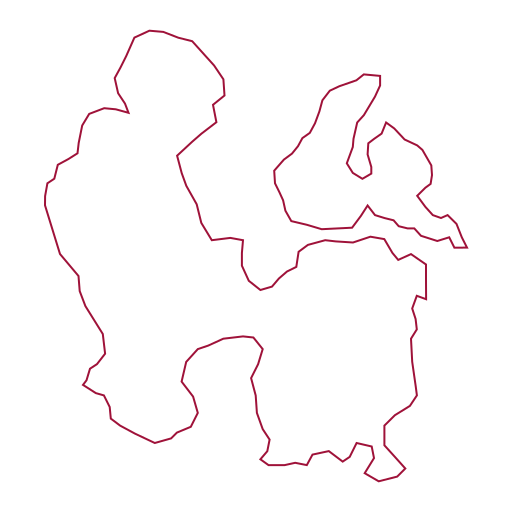 outline of Namhae-gun, South Gyeongsang, South Korea
{"feature_id": "91817680B30407776748413", "entity_name": "Namhae-gun", "entity_type": "district", "adm_level": 2, "iso_a3": "KOR", "parent_name": "South Korea", "parent_adm1": "South Gyeongsang", "projection": "albers", "projection_center": [127.967, 34.823], "detail": "fine", "context": "isolated", "style": "outline", "palette": "rose", "viewbox_px": 512, "rotation_deg": 0, "n_neighbors": 0, "source": "geoboundaries", "source_scale": "gbopen_adm2", "svg_char_len": 2406}
<svg xmlns="http://www.w3.org/2000/svg" viewBox="0 0 512 512"><path d="M213.0,104.8L224.5,95.5L223.4,79.3L214.1,65.5L192.2,41.2L178.3,37.7L163.3,31.9L149.4,30.7L134.4,37.6L126.2,56.1L120.4,67.7L114.7,78.1L118.1,93.2L125.0,103.6L128.5,112.8L115.8,109.3L104.2,108.2L89.2,113.9L82.2,125.5L78.7,142.9L77.5,153.3L68.3,159.1L57.8,164.8L54.3,178.7L47.4,183.3L45.1,196.1L45.0,205.3L60.0,254.0L78.5,276.0L79.7,291.1L85.4,306.1L102.8,334.0L105.1,353.7L97.0,364.1L90.0,368.7L86.5,380.3L83.0,384.9L95.8,393.1L103.9,395.4L109.7,407.0L110.8,418.6L120.1,425.6L135.1,433.7L154.8,443.0L171.1,438.4L176.9,432.6L190.8,426.8L197.8,412.9L193.1,396.6L181.6,381.6L186.2,361.9L197.8,349.1L208.2,345.6L223.3,338.7L243.0,336.4L253.4,337.5L262.7,349.1L258.1,364.2L251.1,378.1L255.7,395.5L256.9,412.9L262.7,429.1L269.6,439.6L267.3,451.2L260.4,459.3L268.5,465.1L284.7,465.1L295.2,462.8L306.8,465.1L312.5,454.6L328.8,451.1L342.7,461.6L349.7,456.9L356.6,443.0L371.7,446.5L374.0,458.1L364.7,473.2L378.7,481.3L397.2,476.6L405.3,468.5L394.9,456.9L384.4,445.3L384.4,425.6L394.9,415.2L409.9,405.9L416.9,395.4L415.7,386.2L412.2,361.8L411.0,338.7L416.8,329.4L415.6,319.0L412.2,308.5L416.8,295.8L426.1,299.2L426.0,279.6L426.0,264.5L411.0,254.1L398.2,259.9L392.4,252.9L384.3,239.1L370.4,236.7L353.0,242.5L335.7,241.4L325.2,240.2L307.9,244.9L298.6,251.8L296.3,266.9L287.0,271.5L278.9,278.5L272.0,286.6L260.4,290.0L248.8,280.8L241.9,265.7L241.9,253.0L243.0,240.2L230.3,237.9L211.8,240.2L201.3,222.9L196.7,204.3L186.3,185.8L181.7,173.1L177.1,155.7L192.1,141.8L201.4,133.7L216.4,122.2L213.0,104.8ZM352.8,172.9L346.8,163.3L352.8,147.0L353.5,138.8L357.2,122.5L363.9,115.1L375.0,96.6L380.1,85.5L380.1,75.9L363.8,74.4L356.4,80.3L339.4,86.2L329.8,90.7L322.4,100.3L319.4,111.4L315.0,123.3L309.8,132.9L302.4,138.1L298.0,146.2L292.0,153.6L283.9,159.6L274.2,170.7L275.0,183.3L279.4,192.2L283.1,200.3L285.4,210.7L291.3,221.1L306.9,224.8L321.7,229.2L352.1,227.7L360.9,215.9L367.6,205.5L375.0,215.1L384.7,218.1L393.6,220.3L398.7,226.2L407.6,228.4L414.3,228.4L421.0,235.8L437.3,241.0L449.2,237.3L454.4,247.7L467.0,247.6L461.8,237.3L456.5,223.9L447.6,215.1L441.0,218.0L432.8,215.1L425.4,206.9L417.2,195.8L425.4,187.7L430.6,183.9L432.0,175.1L431.3,165.4L422.4,149.9L417.2,145.4L404.6,139.5L394.2,128.4L386.1,122.5L381.6,133.6L374.2,138.8L368.3,143.3L367.6,154.4L371.3,167.0L371.3,173.6L362.4,178.8L352.8,172.9Z" fill="none" stroke="#9f1239" stroke-width="2"/></svg>